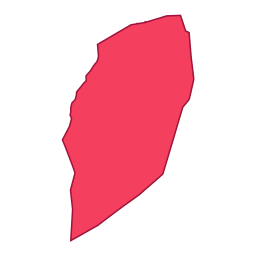 San Francisco Jaltepetongo, Oaxaca, Mexico (Mercator projection)
{"feature_id": "50627088B40383448618383", "entity_name": "San Francisco Jaltepetongo", "entity_type": "district", "adm_level": 2, "iso_a3": "MEX", "parent_name": "Mexico", "parent_adm1": "Oaxaca", "projection": "mercator", "projection_center": [-97.278, 17.342], "detail": "fine", "context": "isolated", "style": "filled", "palette": "rose", "viewbox_px": 256, "rotation_deg": 0, "n_neighbors": 0, "source": "geoboundaries", "source_scale": "gbopen_adm2", "svg_char_len": 831}
<svg xmlns="http://www.w3.org/2000/svg" viewBox="0 0 256 256"><path d="M180.5,15.4L166.7,15.9L146.6,22.0L145.3,21.7L145.3,21.8L145.3,22.4L145.0,22.5L137.8,23.7L137.7,23.5L137.6,23.4L136.0,24.0L131.0,24.8L97.5,44.4L98.5,56.1L97.9,59.1L96.8,62.0L95.0,63.9L92.5,67.4L90.7,70.5L88.1,73.4L86.0,76.0L86.3,80.5L83.5,83.4L80.7,87.1L78.6,89.5L76.6,92.0L76.3,95.7L75.0,99.9L72.1,102.7L71.3,105.2L70.8,107.9L70.8,111.8L70.1,115.2L71.6,118.2L69.5,126.3L62.5,139.7L62.3,139.5L65.3,146.8L72.9,166.7L75.0,173.0L70.5,190.2L72.6,209.3L70.8,240.6L97.9,225.3L108.2,217.4L116.3,211.3L123.3,206.1L132.0,199.9L139.3,194.6L144.2,190.3L162.8,174.1L173.3,139.1L179.9,116.7L182.8,107.1L188.7,100.0L189.4,98.3L190.2,95.2L193.6,80.1L193.7,78.3L193.1,73.4L191.1,56.7L189.1,32.6L185.6,30.9L180.5,15.4Z" fill="#f43f5e" stroke="#9f1239" stroke-width="1.5"/></svg>